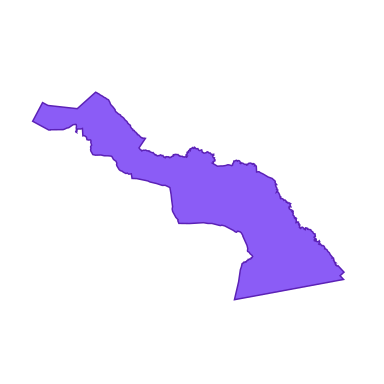 Narok South, Rift Valley, Kenya, rotated 317°
{"feature_id": "3690345B7468975008705", "entity_name": "Narok South", "entity_type": "district", "adm_level": 2, "iso_a3": "KEN", "parent_name": "Kenya", "parent_adm1": "Rift Valley", "projection": "robinson", "projection_center": [35.805, -1.359], "detail": "fine", "context": "isolated", "style": "filled", "palette": "violet", "viewbox_px": 384, "rotation_deg": 317, "n_neighbors": 0, "source": "geoboundaries", "source_scale": "gbopen_adm2", "svg_char_len": 6094}
<svg xmlns="http://www.w3.org/2000/svg" viewBox="0 0 384 384"><g transform="rotate(317 192 192)"><path d="M130.8,50.1L131.0,50.0L140.3,58.5L141.9,59.2L143.9,59.8L145.7,60.9L150.9,61.7L153.1,63.2L153.3,63.7L152.2,65.3L151.0,66.2L150.9,66.8L150.5,66.9L150.2,67.5L149.6,67.8L149.5,68.4L148.3,68.4L148.0,69.1L148.2,69.6L148.4,69.0L149.5,69.0L149.8,68.3L150.9,67.9L151.6,68.2L153.7,70.1L155.2,70.8L150.5,76.5L151.2,76.9L151.9,78.0L152.2,79.9L150.9,82.1L151.9,83.6L153.1,84.4L153.3,85.0L152.8,86.0L152.0,86.4L150.5,89.3L149.3,89.5L148.5,89.9L148.1,90.9L146.8,91.8L146.0,92.9L145.0,97.0L146.5,99.2L150.7,102.9L152.4,105.5L155.6,108.6L157.3,110.6L157.6,111.3L156.8,114.7L157.4,117.7L156.8,119.4L156.2,120.1L155.5,120.5L154.9,121.7L154.0,125.9L154.2,127.5L155.1,129.2L155.3,130.7L156.3,133.4L157.6,134.1L157.9,135.8L160.0,137.3L157.4,141.2L160.7,144.5L165.6,151.4L167.3,153.9L168.1,156.0L171.9,161.7L174.7,166.8L177.0,168.9L178.8,173.4L178.8,173.8L175.0,179.6L171.9,183.7L167.8,189.5L165.9,190.9L164.6,193.0L162.9,199.5L162.9,202.8L162.0,203.4L161.0,206.0L168.6,213.3L179.5,222.3L182.3,226.0L185.2,228.7L189.6,235.6L190.2,236.2L191.1,236.5L192.8,239.1L196.1,248.4L196.4,250.4L196.9,251.5L197.2,251.8L198.1,251.7L198.8,251.9L200.1,254.2L200.2,255.4L199.5,258.5L199.1,258.9L195.8,268.6L194.2,271.4L192.4,272.9L192.2,273.4L192.7,275.1L192.4,276.9L192.7,279.5L192.3,280.6L191.0,280.8L190.5,280.5L190.2,281.0L189.1,280.9L188.6,280.3L187.7,280.2L187.1,279.6L186.3,280.1L185.5,279.7L183.7,280.0L183.5,279.5L182.9,279.5L182.3,278.7L181.6,279.0L181.5,278.8L179.7,278.6L177.1,280.4L174.4,281.8L164.8,289.5L149.6,299.7L243.2,359.3L243.2,354.2L248.5,354.3L248.5,345.5L247.7,345.2L247.3,343.8L247.7,343.7L247.5,342.8L247.9,342.4L248.2,341.2L248.8,341.7L248.6,340.6L248.9,338.4L249.1,338.3L249.3,338.7L250.4,336.8L249.5,335.8L250.2,335.6L250.4,332.1L251.0,330.1L250.8,328.0L251.3,326.4L250.9,324.7L250.3,324.0L251.1,323.4L251.6,321.7L251.2,320.3L250.4,320.0L250.3,319.5L250.5,317.7L250.0,317.8L249.4,317.2L249.6,316.8L249.3,316.5L251.5,315.5L251.8,314.5L251.1,314.6L249.6,313.7L249.4,313.0L248.3,311.0L249.1,310.2L249.5,310.3L249.9,311.5L250.2,311.7L250.7,311.1L250.4,308.4L251.3,308.1L252.0,308.5L253.4,306.5L252.9,306.0L252.7,305.3L252.8,304.2L253.1,303.6L252.7,301.9L253.1,300.5L251.2,298.2L251.7,297.9L251.8,297.4L251.4,297.2L250.9,295.8L250.7,295.7L249.1,296.8L248.7,295.7L249.1,295.4L248.8,293.1L247.5,292.3L247.1,292.7L246.6,292.8L246.5,292.6L246.4,291.1L248.3,289.7L247.7,289.1L247.7,288.7L248.6,288.4L248.8,287.0L249.3,286.6L249.0,286.0L248.3,286.0L247.2,285.3L248.0,284.8L249.4,283.3L249.3,281.6L250.3,282.2L250.3,281.6L249.6,280.2L250.2,279.4L250.2,277.6L251.4,276.7L251.7,274.8L252.4,275.5L252.9,275.0L252.6,273.0L252.0,272.4L251.7,270.5L252.3,270.1L252.3,269.5L252.7,269.1L253.5,269.4L254.2,270.2L254.8,268.4L255.5,267.7L256.1,267.8L255.7,266.3L254.6,265.6L254.6,265.2L254.9,264.9L254.0,263.9L254.2,263.5L254.6,263.5L254.6,261.4L254.2,261.2L253.9,260.4L253.6,260.5L253.8,259.3L253.2,257.9L252.4,257.4L252.6,257.0L252.4,257.0L252.5,256.6L253.6,256.2L253.6,255.9L253.2,255.6L254.3,253.4L254.9,251.1L254.7,250.1L253.6,249.8L254.3,249.5L255.0,249.7L255.1,249.4L255.8,249.3L256.1,249.0L255.7,248.4L255.7,247.8L256.1,247.9L256.5,247.4L256.8,246.7L257.1,245.2L257.9,243.7L258.9,244.3L259.1,241.8L259.9,241.3L260.3,240.1L260.0,238.9L259.9,236.8L257.9,232.9L256.2,227.0L255.2,224.6L254.8,222.8L252.9,221.4L256.6,217.0L256.6,216.1L255.7,215.5L256.5,215.1L256.7,214.3L256.1,212.9L255.6,212.9L255.8,213.5L255.3,213.3L255.0,212.5L255.1,211.9L254.4,210.6L252.8,209.6L252.0,209.6L251.4,210.0L250.4,209.6L250.6,209.0L250.5,208.5L250.0,208.4L249.3,207.6L248.8,205.5L248.3,205.0L246.9,204.4L246.8,204.1L247.6,204.1L247.9,203.8L247.6,203.1L247.9,202.1L247.8,201.2L247.1,200.4L246.2,200.4L246.2,199.2L245.3,198.7L244.6,198.6L243.7,197.9L242.8,198.7L240.6,199.3L240.2,199.9L239.1,199.9L237.5,197.3L236.6,196.4L234.7,195.6L232.2,193.9L230.6,192.4L228.2,190.5L226.6,184.8L227.4,185.2L227.9,184.9L228.2,184.2L230.0,184.8L230.3,184.2L230.7,184.2L230.9,182.8L231.7,182.3L231.0,181.4L231.4,180.0L232.0,179.5L232.8,180.0L233.6,179.2L231.6,177.8L231.9,177.3L231.9,175.8L231.1,175.4L231.0,173.8L230.5,172.9L229.6,173.1L227.2,171.8L227.1,170.7L226.6,170.1L227.8,167.8L226.0,167.0L225.6,166.6L225.5,165.7L225.9,164.3L224.5,163.2L224.4,160.9L224.2,160.8L223.5,161.5L223.1,161.4L222.7,161.0L222.7,159.9L221.2,159.8L220.1,159.2L219.0,159.4L218.9,159.7L219.5,160.2L218.8,160.7L218.4,160.0L217.7,159.5L217.0,159.8L216.5,160.5L216.0,159.7L215.6,159.6L215.0,160.0L215.0,160.6L214.3,161.0L213.3,160.7L213.0,160.8L212.5,161.3L212.5,161.8L213.1,162.5L211.8,162.9L211.5,162.2L210.9,161.5L210.3,161.4L210.0,160.7L209.4,160.3L209.3,159.3L207.8,158.0L207.8,157.3L207.4,157.1L207.5,156.6L207.2,156.3L207.3,155.0L206.5,154.5L205.9,153.4L204.8,153.0L204.6,152.5L204.1,152.5L203.8,152.1L203.0,152.9L202.5,152.5L202.2,152.7L201.5,152.3L200.9,152.3L200.8,152.1L200.0,152.2L199.2,151.6L199.1,150.8L199.0,150.6L198.8,150.8L198.7,150.3L197.4,148.7L197.0,148.4L196.4,148.8L195.7,148.7L195.7,148.0L195.2,147.1L195.5,146.8L195.4,146.1L195.6,145.4L194.7,144.9L194.8,144.5L194.2,143.3L193.2,143.3L193.0,142.9L191.5,142.2L191.1,141.6L191.2,141.2L190.7,140.3L191.0,140.2L191.0,139.9L190.3,139.5L190.4,136.7L190.1,136.7L188.7,134.1L188.9,133.1L188.2,132.8L188.2,132.1L187.2,131.2L186.8,129.9L186.4,129.5L185.4,128.9L184.9,128.2L183.3,127.7L183.5,126.9L183.1,126.0L183.3,123.6L194.5,121.0L193.6,119.8L192.7,119.3L192.7,118.7L192.3,118.4L192.2,117.6L191.9,117.1L191.9,114.1L191.3,112.9L191.6,112.7L191.5,112.3L191.7,111.6L191.5,111.3L191.7,110.2L191.4,109.2L191.6,107.4L190.9,106.8L191.5,105.7L191.2,104.5L191.5,102.3L192.0,101.9L192.4,101.1L192.0,99.1L192.1,98.7L191.9,98.3L192.5,96.1L192.2,93.7L192.5,91.3L192.2,89.4L191.8,88.2L192.2,86.9L191.4,84.5L191.2,82.1L191.0,81.3L191.4,79.9L191.9,79.3L192.2,76.1L192.2,72.5L193.2,70.0L193.8,67.6L193.1,65.7L192.9,64.2L192.3,62.9L191.8,60.5L191.1,58.6L190.7,56.3L190.2,55.6L190.2,54.9L189.6,53.3L164.9,52.8L145.7,30.5L143.7,24.7L123.7,31.6L129.5,48.9L130.8,50.1Z" fill="#8b5cf6" stroke="#5b21b6" stroke-width="1.5"/></g></svg>